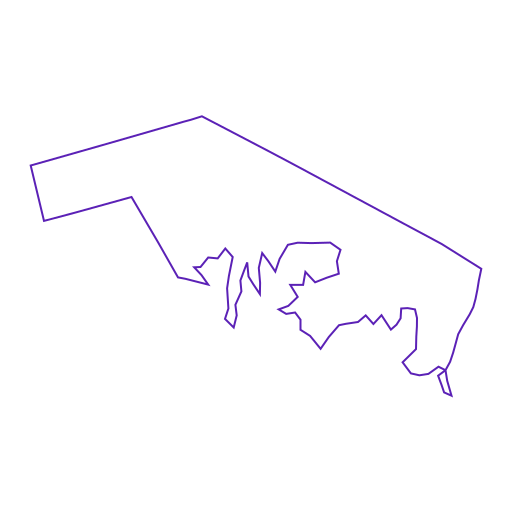 the district of Miguel Leão, Piauí, Brazil
{"feature_id": "56859067B33097210758811", "entity_name": "Miguel Leão", "entity_type": "district", "adm_level": 2, "iso_a3": "BRA", "parent_name": "Brazil", "parent_adm1": "Piauí", "projection": "equal_earth", "projection_center": [-42.679, -5.71], "detail": "fine", "context": "isolated", "style": "outline", "palette": "violet", "viewbox_px": 512, "rotation_deg": 0, "n_neighbors": 0, "source": "geoboundaries", "source_scale": "gbopen_adm2", "svg_char_len": 1397}
<svg xmlns="http://www.w3.org/2000/svg" viewBox="0 0 512 512"><path d="M445.5,370.2L450.1,361.8L453.1,352.8L455.4,344.5L458.2,334.2L463.1,325.2L469.7,314.3L473.3,307.1L475.5,299.0L477.4,289.5L478.9,280.2L481.3,268.8L441.7,244.0L402.9,223.2L296.4,165.9L268.5,151.1L201.9,116.3L190.8,119.8L183.7,121.7L101.1,145.5L30.7,165.5L44.0,220.9L75.6,212.5L131.5,197.0L158.3,242.7L178.0,277.4L185.4,278.8L208.2,284.6L201.5,275.1L194.2,267.3L200.5,267.0L208.2,257.5L217.7,258.4L225.3,248.5L232.7,257.0L228.9,276.0L227.1,288.3L228.4,308.5L225.0,318.9L233.7,327.5L236.7,315.4L235.4,304.8L241.4,291.4L240.4,280.5L244.1,270.5L247.2,262.4L248.5,276.5L253.2,284.1L259.9,294.1L260.1,282.8L258.8,267.9L262.2,253.1L268.2,261.0L275.3,271.6L279.6,258.9L287.9,244.8L297.7,242.7L311.4,243.1L330.2,242.6L340.5,249.8L336.9,261.2L338.8,273.7L326.8,277.7L315.1,282.3L305.4,271.9L303.1,284.9L290.3,284.9L297.7,296.9L288.3,305.9L278.7,309.4L286.2,313.9L295.1,312.5L300.5,319.7L300.5,329.8L310.1,335.9L320.6,348.8L328.8,337.0L339.0,325.2L345.9,323.8L358.0,322.0L365.7,315.4L373.4,324.0L381.5,315.2L390.9,329.6L396.5,324.7L400.6,318.3L401.2,308.5L407.6,308.1L415.0,309.4L417.0,318.0L416.9,326.6L416.3,336.5L416.0,349.1L402.6,362.3L410.9,373.4L419.4,375.3L428.4,373.9L438.5,366.7L445.5,370.2ZM451.5,395.7L447.2,380.8L445.5,370.2L438.1,375.7L441.5,384.8L444.1,392.4L451.5,395.7Z" fill="none" stroke="#5b21b6" stroke-width="2"/></svg>